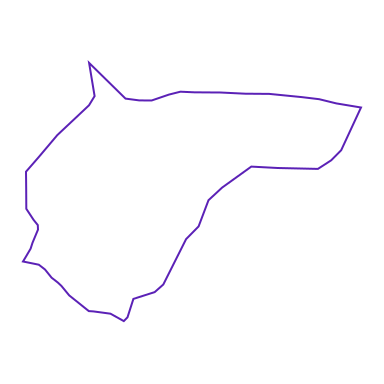 Nyiragongo, Nord-Kivu, Democratic Republic of the Congo
{"feature_id": "63176286B84996923503616", "entity_name": "Nyiragongo", "entity_type": "district", "adm_level": 2, "iso_a3": "COD", "parent_name": "Democratic Republic of the Congo", "parent_adm1": "Nord-Kivu", "projection": "robinson", "projection_center": [29.271, -1.55], "detail": "fine", "context": "isolated", "style": "outline", "palette": "violet", "viewbox_px": 384, "rotation_deg": 0, "n_neighbors": 0, "source": "geoboundaries", "source_scale": "gbopen_adm2", "svg_char_len": 750}
<svg xmlns="http://www.w3.org/2000/svg" viewBox="0 0 384 384"><path d="M123.8,321.1L127.5,317.3L133.4,298.9L154.7,292.1L163.3,284.5L186.1,239.1L198.6,226.4L208.5,200.2L222.1,187.6L251.3,166.6L277.7,168.0L317.9,168.9L331.2,160.3L341.2,150.2L361.0,107.5L336.3,103.4L319.2,99.2L301.7,97.1L269.3,93.9L245.1,93.7L220.4,92.5L205.1,92.4L194.0,92.3L180.4,91.7L168.9,94.6L151.6,100.5L139.2,100.4L125.5,98.6L89.1,62.9L94.6,96.1L89.0,105.3L67.2,125.8L57.3,135.1L38.2,157.7L26.0,171.7L26.1,179.9L26.2,190.6L26.3,208.8L33.6,219.9L37.8,225.1L38.0,229.6L32.5,242.8L30.6,248.7L25.6,257.2L23.0,261.5L38.8,264.7L45.0,269.5L51.6,277.7L57.9,282.6L61.4,285.9L69.2,295.4L88.8,311.1L93.4,311.4L110.5,313.7L123.8,321.1Z" fill="none" stroke="#5b21b6" stroke-width="2"/></svg>